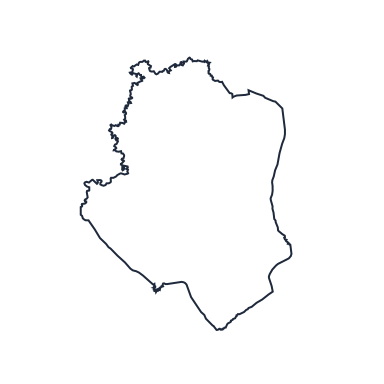 outline of Wang Yang, Nakhon Phanom, Thailand, rotated 71°
{"feature_id": "78962969B31746602904448", "entity_name": "Wang Yang", "entity_type": "district", "adm_level": 2, "iso_a3": "THA", "parent_name": "Thailand", "parent_adm1": "Nakhon Phanom", "projection": "mercator", "projection_center": [104.414, 17.07], "detail": "fine", "context": "isolated", "style": "outline", "palette": "slate", "viewbox_px": 384, "rotation_deg": 71, "n_neighbors": 0, "source": "geoboundaries", "source_scale": "gbopen_adm2", "svg_char_len": 5967}
<svg xmlns="http://www.w3.org/2000/svg" viewBox="0 0 384 384"><g transform="rotate(71 192 192)"><path d="M123.3,250.6L125.1,249.4L125.8,249.3L126.6,251.0L126.7,252.1L127.1,252.4L127.5,250.9L128.9,250.4L130.1,248.1L130.3,245.8L132.5,246.1L133.2,244.7L135.0,244.2L135.8,244.4L137.8,245.8L137.7,247.3L138.3,248.0L139.2,247.7L140.1,246.3L140.5,246.2L142.0,248.9L142.2,250.0L142.9,250.3L144.1,249.1L148.0,250.7L148.9,250.5L148.6,249.2L147.3,248.3L144.8,248.1L146.9,244.6L148.1,244.8L148.8,246.6L150.1,245.3L151.6,246.5L153.5,246.3L153.7,246.8L153.5,250.0L151.5,252.6L151.1,253.6L151.7,257.1L152.6,258.7L153.0,261.6L152.2,263.9L152.7,264.5L155.7,265.3L156.3,265.8L156.7,267.8L156.0,270.0L157.3,271.5L157.3,273.5L156.3,275.0L155.0,276.2L153.5,275.6L152.8,274.2L152.3,273.9L151.5,274.1L150.8,275.0L150.0,277.7L152.2,277.8L153.1,278.6L153.3,279.2L148.1,281.9L148.0,282.6L149.5,286.4L148.0,288.4L148.1,290.2L148.7,290.9L150.4,290.9L152.6,289.6L154.1,287.6L157.0,288.6L157.2,289.0L156.8,290.4L156.9,291.0L158.0,291.6L163.1,292.4L164.0,293.7L164.3,295.5L164.9,296.2L165.9,296.2L166.5,295.1L167.5,295.4L168.1,297.1L167.5,299.9L167.9,300.3L169.4,300.3L169.9,300.8L170.0,302.1L177.3,304.6L178.8,303.7L181.4,303.8L183.2,302.7L184.1,301.8L185.1,299.1L195.8,296.1L205.6,294.0L213.2,290.1L217.0,288.9L219.0,287.4L228.1,283.1L236.8,278.3L244.4,275.2L246.8,273.5L248.8,270.5L251.0,268.3L255.1,265.5L266.3,259.2L267.0,258.7L266.7,257.5L268.4,257.9L268.9,258.5L269.3,257.5L269.8,257.6L270.1,257.9L270.1,259.4L270.7,258.6L271.4,259.5L272.4,258.6L272.5,259.6L273.2,259.1L273.5,259.5L274.2,258.5L274.9,258.6L274.4,258.0L273.6,257.7L274.1,257.7L274.2,257.1L273.3,256.7L273.8,256.4L274.1,256.8L274.3,256.2L274.0,255.7L273.5,255.4L273.8,255.0L273.1,255.0L272.9,255.6L272.7,255.6L272.9,254.2L273.4,253.9L272.7,253.5L272.4,254.0L272.0,253.8L272.0,252.4L271.4,251.9L271.8,251.3L271.8,250.3L270.9,250.7L270.5,249.9L269.7,249.7L269.1,249.0L269.4,248.0L270.4,247.1L271.0,245.3L273.6,231.1L274.7,229.2L275.9,228.1L277.8,227.3L291.1,227.1L308.5,222.5L312.2,220.4L316.3,220.1L325.1,215.9L325.6,215.3L330.4,213.7L330.7,212.4L330.2,210.7L330.5,210.1L331.4,209.9L331.9,208.5L331.4,208.1L331.8,207.4L331.2,206.9L331.4,206.2L330.8,205.5L331.2,204.3L328.5,201.8L328.0,200.9L327.5,198.1L327.2,197.4L326.3,197.1L326.1,195.2L325.5,194.6L325.4,192.3L324.2,191.1L323.9,190.2L323.1,190.1L322.9,188.9L322.4,188.3L323.0,186.9L322.4,181.8L321.1,179.1L321.0,177.5L320.1,176.3L320.0,172.9L317.8,167.1L316.5,160.6L313.8,152.9L312.5,148.1L306.7,147.3L298.3,147.2L296.9,146.8L294.9,145.2L291.5,141.3L288.9,136.6L288.0,134.2L286.3,122.1L284.8,119.5L282.9,118.1L273.9,116.2L273.3,116.5L273.3,117.0L272.6,117.2L272.4,117.7L272.1,117.2L271.4,117.3L271.1,118.1L270.1,118.1L269.2,119.0L268.5,119.1L267.9,118.3L267.0,119.6L265.3,119.7L265.2,118.9L263.5,118.5L261.3,120.3L257.0,122.9L256.2,123.1L253.4,122.4L247.9,122.7L246.2,122.3L244.3,123.0L237.9,121.6L234.1,121.4L231.8,120.5L225.0,120.1L223.6,119.7L220.5,117.1L217.2,115.4L212.4,113.8L209.2,113.2L207.0,112.2L204.0,109.7L198.6,106.4L193.8,102.2L183.8,96.6L175.8,91.1L171.1,87.2L167.6,85.3L163.2,83.8L142.4,79.4L133.7,83.7L132.6,85.6L126.8,92.1L124.3,93.2L119.8,99.1L114.2,105.4L118.0,106.2L117.6,109.8L115.3,118.4L115.4,121.8L115.8,122.9L112.4,122.0L111.2,123.1L110.8,124.2L101.4,127.1L97.6,127.7L97.5,128.9L96.8,130.3L95.1,131.2L94.5,134.0L92.6,135.7L91.9,135.8L90.5,134.8L89.5,135.6L88.5,135.4L88.1,136.5L87.1,136.2L86.2,136.5L85.8,137.4L84.8,137.7L83.8,137.0L83.0,137.1L82.3,136.0L81.3,135.5L80.2,135.8L78.5,135.0L77.8,135.8L76.7,134.9L76.6,134.2L75.9,134.0L75.5,133.2L74.6,134.9L73.9,134.9L74.5,135.5L73.3,136.3L72.9,136.3L73.0,136.8L72.5,137.1L73.0,137.3L73.1,138.0L72.3,138.2L72.2,139.7L69.4,143.8L69.9,144.8L68.8,147.6L68.7,148.8L66.8,148.8L65.9,150.0L64.4,150.3L64.1,150.7L64.8,152.5L66.8,154.4L66.8,155.1L65.9,157.4L67.9,157.7L69.3,159.5L68.1,161.0L67.2,160.5L66.3,159.2L65.6,159.8L65.7,160.5L67.2,161.4L68.1,163.1L67.4,164.8L68.4,166.6L68.2,167.4L67.5,167.2L66.2,165.7L65.7,165.9L65.5,166.6L66.8,171.9L67.5,173.3L70.1,172.5L70.3,174.8L72.0,175.0L71.6,175.7L70.8,176.1L69.0,176.0L67.6,176.4L66.8,177.3L66.9,177.9L68.2,179.2L68.2,180.5L68.7,180.9L67.7,183.5L69.0,185.8L69.1,187.4L68.2,188.1L65.4,188.8L65.1,190.7L64.3,192.0L63.6,192.4L60.9,192.3L60.7,191.9L60.9,190.7L59.6,189.8L56.8,192.1L56.2,192.1L54.7,190.8L54.2,190.8L54.1,193.2L53.7,193.6L52.5,193.6L52.1,194.6L52.8,196.5L52.1,198.5L52.2,199.5L52.7,200.3L54.3,201.5L53.4,202.8L54.4,206.1L53.6,207.1L54.6,209.4L55.1,209.4L56.2,208.0L56.8,207.9L59.2,209.4L58.9,211.9L59.6,211.8L61.3,210.8L61.5,210.4L60.7,209.5L60.6,208.8L62.2,206.5L63.1,206.4L64.4,207.0L64.9,206.7L62.6,205.3L62.4,203.8L64.5,203.1L64.8,202.1L66.0,202.4L66.7,202.1L67.2,201.7L67.2,200.2L68.5,199.7L68.8,200.5L67.7,203.6L68.2,203.7L70.1,202.8L70.7,202.9L70.7,206.0L71.1,206.8L71.0,208.1L71.5,208.4L72.9,208.3L73.1,208.6L72.5,209.3L70.2,210.7L69.9,213.0L72.4,213.2L72.8,214.7L75.6,215.5L76.0,216.1L75.8,217.4L76.1,217.7L78.6,217.8L79.7,218.1L80.4,218.9L81.3,219.1L82.3,218.8L83.2,217.9L83.6,217.9L83.9,218.5L83.9,219.8L83.0,220.9L83.2,221.4L85.4,221.8L86.7,220.8L88.0,220.7L87.9,221.3L86.2,222.3L86.3,223.5L88.3,223.5L90.1,225.0L90.0,225.5L88.7,225.9L88.7,226.6L89.6,227.2L91.1,226.5L91.5,226.5L91.0,228.4L93.0,229.0L93.2,230.4L93.8,231.1L94.2,231.1L94.7,230.5L94.6,228.9L95.8,228.6L96.6,228.9L97.4,230.6L99.1,230.7L100.8,231.3L101.5,232.7L102.1,232.5L103.0,231.2L104.2,231.4L104.0,232.9L105.2,233.5L105.4,233.9L104.1,235.2L103.1,237.4L104.7,238.4L104.4,239.7L105.6,239.9L105.7,240.4L105.4,241.1L104.0,242.3L104.3,243.9L102.9,245.8L101.9,246.4L102.2,247.3L104.2,247.0L105.8,247.8L106.1,248.2L105.8,249.3L106.8,250.4L107.5,250.1L109.1,248.4L110.2,248.0L110.6,248.2L111.3,249.6L111.8,249.6L112.6,248.9L115.0,250.0L115.1,249.4L113.0,247.5L113.1,246.4L114.1,245.9L116.1,246.5L116.8,244.9L117.4,244.7L118.0,245.2L117.4,247.0L118.5,246.8L119.7,245.5L120.0,245.5L122.0,247.7L122.1,249.4L123.3,250.6Z" fill="none" stroke="#1e293b" stroke-width="2"/></g></svg>